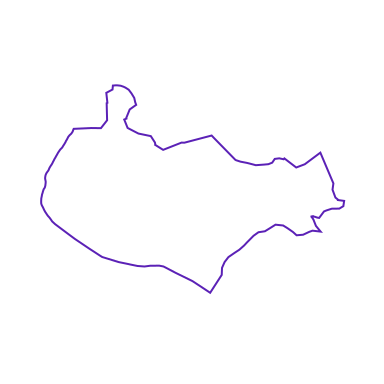 outline of Kharif, Amran, Yemen, rotated 124°
{"feature_id": "15242507B34039766657612", "entity_name": "Kharif", "entity_type": "district", "adm_level": 2, "iso_a3": "YEM", "parent_name": "Yemen", "parent_adm1": "Amran", "projection": "natural_earth1", "projection_center": [44.1, 15.855], "detail": "fine", "context": "isolated", "style": "outline", "palette": "violet", "viewbox_px": 384, "rotation_deg": 124, "n_neighbors": 0, "source": "geoboundaries", "source_scale": "gbopen_adm2", "svg_char_len": 2878}
<svg xmlns="http://www.w3.org/2000/svg" viewBox="0 0 384 384"><g transform="rotate(124 192 192)"><path d="M265.3,120.6L244.1,121.0L238.1,124.7L231.8,125.8L225.6,125.4L219.2,122.9L216.3,121.7L213.5,120.5L207.3,118.9L202.9,118.2L200.3,117.7L193.9,116.5L188.2,114.4L183.8,109.6L178.3,107.1L172.4,104.5L169.0,98.1L168.8,97.8L168.6,92.7L168.7,85.9L169.4,81.1L165.3,76.0L159.6,72.6L156.7,70.5L152.9,63.2L150.8,70.3L146.9,76.0L146.3,77.5L146.1,77.9L145.8,79.1L145.5,79.3L145.2,79.0L145.0,78.8L144.8,78.6L145.3,78.4L145.2,77.9L144.5,77.9L143.9,76.5L143.2,73.9L142.4,72.1L134.3,71.7L132.2,70.3L127.7,66.8L123.4,60.6L119.1,58.6L114.3,60.9L117.1,66.6L116.7,66.9L116.4,70.0L111.5,76.8L105.8,79.6L87.6,107.6L105.9,114.0L113.4,119.3L112.5,134.2L113.6,134.3L115.3,138.5L118.3,141.9L122.8,141.9L126.2,144.2L128.5,147.0L129.3,148.0L134.1,154.1L135.6,158.4L136.2,160.1L137.1,162.6L139.7,168.7L141.0,173.2L141.1,174.0L135.0,203.7L134.2,207.3L155.4,225.9L156.9,228.3L173.2,239.5L173.5,248.7L173.5,248.8L173.3,248.8L171.7,250.4L168.7,257.4L173.5,269.1L174.4,276.8L174.9,281.2L169.8,288.7L167.8,287.4L167.4,287.9L158.4,289.8L153.8,288.1L151.0,287.0L149.4,289.2L146.3,292.5L144.1,297.3L142.6,301.7L142.7,305.6L143.0,307.6L143.8,310.6L145.2,313.3L146.3,315.0L148.0,317.1L151.5,315.2L157.7,318.5L165.4,312.0L166.1,312.4L180.0,302.5L190.0,303.2L195.1,311.0L205.8,325.4L206.9,325.2L207.9,324.9L209.0,324.7L210.1,324.7L211.0,324.7L212.0,324.9L213.1,325.2L214.0,325.3L215.0,325.4L215.9,325.4L217.1,325.2L218.2,325.1L219.3,325.0L220.3,325.0L221.7,324.7L222.8,324.7L223.8,324.6L224.9,324.6L225.9,324.6L226.9,324.5L227.9,324.5L229.0,324.7L229.5,324.8L229.9,324.9L230.9,325.0L231.9,325.0L233.2,325.0L234.4,325.0L235.4,324.9L236.6,324.8L237.7,324.7L238.7,324.7L239.6,324.5L240.8,324.5L242.0,324.4L243.3,324.2L244.7,324.1L245.7,323.9L246.9,323.8L247.9,323.7L248.9,323.8L249.9,323.7L250.9,323.7L251.8,323.6L252.9,323.4L253.8,323.2L254.8,323.1L255.8,323.2L256.9,323.2L258.1,323.2L259.0,323.0L260.0,322.8L260.9,322.4L261.8,322.0L262.7,321.5L263.4,320.9L264.3,320.0L265.1,319.2L266.0,318.6L266.9,318.1L267.9,317.6L268.6,317.2L269.8,316.8L270.7,316.5L271.7,316.5L272.8,316.5L274.0,316.1L274.9,315.9L275.9,315.5L276.9,315.2L278.0,314.9L278.9,314.5L279.0,314.4L280.0,314.0L281.0,313.6L281.9,313.2L282.8,312.6L283.7,312.1L284.7,311.4L285.7,310.7L286.4,309.9L287.1,308.9L287.7,307.7L288.3,306.6L289.1,305.3L289.7,304.3L290.2,303.3L290.7,302.3L291.2,301.0L291.6,300.1L292.0,299.1L292.4,298.0L292.7,296.7L293.0,295.6L293.4,294.5L293.8,293.4L294.3,292.2L294.6,291.4L295.2,287.5L296.0,271.6L296.3,265.0L296.4,262.8L296.4,259.7L296.4,248.2L296.4,245.2L296.3,239.9L296.2,232.6L296.1,230.0L291.1,213.6L287.1,203.9L286.9,203.3L283.8,195.8L280.3,189.7L276.5,185.4L275.5,183.9L271.4,178.0L269.7,174.0L269.4,171.6L268.2,160.6L265.6,141.7L265.4,122.6L265.4,120.6L265.3,120.6Z" fill="none" stroke="#5b21b6" stroke-width="2"/></g></svg>